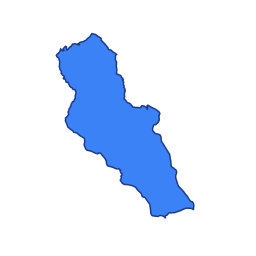 Valiug, Caras-Severin, Romania, rotated 309°
{"feature_id": "2599482B27946002625345", "entity_name": "Valiug", "entity_type": "district", "adm_level": 2, "iso_a3": "ROU", "parent_name": "Romania", "parent_adm1": "Caras-Severin", "projection": "mercator", "projection_center": [22.046, 45.195], "detail": "fine", "context": "isolated", "style": "filled", "palette": "blue", "viewbox_px": 256, "rotation_deg": 309, "n_neighbors": 0, "source": "geoboundaries", "source_scale": "gbopen_adm2", "svg_char_len": 5691}
<svg xmlns="http://www.w3.org/2000/svg" viewBox="0 0 256 256"><g transform="rotate(309 128 128)"><path d="M105.9,230.1L107.6,228.9L109.3,227.9L110.8,226.0L111.1,224.6L110.6,223.0L110.6,221.9L110.9,220.7L111.3,219.6L111.7,218.4L112.2,217.3L112.5,215.6L112.8,214.0L113.2,212.4L113.7,210.8L114.4,204.2L115.4,202.2L118.2,198.1L118.9,196.9L120.8,195.1L123.4,194.1L124.7,193.2L124.9,192.8L125.3,192.2L125.6,191.5L125.4,189.4L125.6,188.8L125.2,186.0L129.3,181.9L133.7,176.9L137.6,165.8L137.6,165.5L138.7,162.4L140.6,160.3L141.0,159.9L141.7,159.4L142.1,158.9L142.8,157.0L142.5,156.3L142.4,155.9L141.9,154.9L141.8,154.6L141.7,154.3L141.5,153.7L141.0,153.0L141.0,152.1L141.0,151.5L141.4,149.0L143.0,147.5L143.7,147.1L146.3,146.2L147.1,146.1L147.2,146.4L147.9,147.4L148.4,147.5L149.0,147.5L149.5,147.3L149.9,147.8L150.4,147.8L150.6,147.9L150.9,148.0L152.4,147.7L152.5,147.5L153.5,147.4L153.8,147.3L154.2,146.9L155.6,145.8L156.2,144.7L157.4,144.5L157.5,144.0L158.8,143.9L159.2,143.7L159.5,143.4L160.0,142.2L159.9,142.1L160.0,141.6L160.0,140.9L160.0,139.6L159.9,137.7L159.0,133.8L158.5,131.2L158.4,129.6L158.3,129.4L158.0,128.9L157.4,128.8L157.1,129.1L156.6,130.1L156.1,130.6L155.3,131.0L154.7,131.1L154.7,130.9L155.5,130.2L155.7,129.5L155.4,128.4L155.4,127.6L154.8,126.1L154.3,125.0L153.6,124.6L153.0,124.6L152.8,124.9L152.2,125.0L151.5,124.8L151.0,124.2L150.7,123.6L149.8,122.5L149.5,121.8L148.8,121.1L148.2,120.0L147.8,119.2L147.3,118.6L147.4,118.0L147.8,117.1L147.9,116.1L148.1,115.3L148.2,114.2L148.1,113.5L147.9,112.9L147.4,111.8L147.3,111.1L147.8,109.8L148.1,108.8L148.1,107.8L148.3,107.3L148.3,106.7L148.5,106.7L148.7,106.2L150.6,105.4L151.2,104.6L152.6,103.5L153.2,103.2L154.5,102.8L154.9,102.4L155.1,101.9L155.5,102.0L155.8,101.8L156.7,100.4L156.8,99.8L156.9,99.1L157.3,99.0L158.2,98.5L159.2,96.8L160.0,96.3L160.7,96.0L161.0,95.5L161.2,94.9L161.9,93.7L162.3,94.1L162.8,93.6L163.3,92.4L163.1,92.2L163.1,91.9L163.2,91.6L163.6,90.7L163.8,90.4L164.0,90.1L164.1,89.9L164.1,89.1L164.0,88.8L164.0,88.5L163.5,87.4L163.2,86.0L162.9,85.2L162.8,84.9L163.3,84.6L163.7,84.5L163.9,84.4L164.9,83.5L166.0,82.9L166.4,82.6L166.9,81.9L167.1,81.7L167.5,81.3L168.0,80.8L168.1,80.6L169.1,79.6L169.4,79.4L169.9,79.2L170.9,78.4L172.1,77.6L172.7,76.1L172.9,75.7L173.3,75.2L174.1,74.4L174.8,74.0L175.1,73.7L175.3,73.5L175.8,73.2L176.8,72.5L176.9,72.4L177.1,72.4L177.5,72.7L177.8,72.9L178.0,72.3L178.0,71.6L178.0,71.1L177.9,70.1L177.7,69.1L177.7,68.9L177.7,68.5L177.6,68.0L177.8,67.0L177.7,65.7L177.8,65.4L177.6,65.1L177.4,65.0L177.3,64.8L177.0,64.2L176.8,63.7L176.9,63.4L177.1,62.8L177.5,62.2L177.7,61.8L177.9,61.6L177.9,61.4L178.0,61.1L178.0,60.8L178.0,60.5L178.0,60.4L178.1,60.0L178.2,59.8L178.5,58.5L178.5,58.1L178.6,57.8L178.8,57.4L178.8,57.1L178.9,55.6L178.9,54.8L179.1,54.4L179.2,53.6L179.2,53.2L179.1,52.5L179.2,52.4L179.2,52.2L179.3,51.8L179.8,51.4L180.0,51.3L180.5,50.9L180.8,50.5L180.7,49.7L180.7,49.3L180.6,48.9L180.6,48.4L180.4,47.9L180.3,47.6L180.3,47.4L180.3,47.2L180.2,46.7L180.4,46.4L180.3,46.2L180.2,46.0L180.1,45.9L180.3,45.3L180.4,44.7L180.2,44.3L180.1,43.6L179.7,43.2L179.6,42.9L179.6,42.4L179.1,41.5L178.8,41.0L178.7,40.6L177.1,40.7L174.8,40.9L172.1,40.2L169.6,40.1L168.3,39.3L166.9,39.0L165.7,37.8L164.8,37.1L163.9,36.7L162.9,36.6L162.3,36.3L162.5,36.9L162.3,37.7L161.9,37.8L160.8,36.2L160.3,34.0L158.2,32.0L157.4,32.3L156.5,32.2L155.3,32.5L154.2,31.8L151.4,31.9L150.0,31.3L152.4,29.0L152.2,28.1L150.5,27.8L148.4,27.8L148.1,29.3L147.6,29.1L146.7,28.4L147.0,25.9L145.7,26.5L144.1,26.9L142.2,26.8L140.7,26.5L139.8,26.5L139.2,26.7L138.5,28.5L138.9,29.8L136.9,32.8L134.6,34.6L132.3,36.1L131.5,37.6L131.0,37.8L130.4,39.2L130.2,40.2L129.2,41.2L128.6,41.5L127.9,43.8L128.1,45.5L127.1,46.8L126.8,46.4L126.5,46.3L126.4,46.4L125.7,46.7L125.6,46.9L125.6,47.0L126.1,47.7L126.2,48.0L126.2,48.8L126.0,49.0L126.0,49.6L125.2,50.3L124.7,51.0L125.0,51.5L125.8,52.5L125.8,52.8L125.5,53.2L125.0,53.7L124.9,54.3L124.2,55.8L123.8,56.3L123.8,57.2L123.6,57.6L123.8,58.2L124.0,59.3L123.4,61.1L124.6,62.8L124.1,63.4L123.6,63.9L123.3,64.7L122.9,65.4L119.6,66.8L118.1,68.2L116.5,68.5L115.6,68.8L114.9,69.0L114.1,68.9L113.6,68.3L113.1,68.4L112.6,68.6L111.4,68.7L110.4,69.0L109.7,69.6L109.3,69.7L108.8,69.5L108.4,69.7L107.8,70.1L107.5,70.2L105.9,70.1L104.7,70.9L104.3,71.1L103.8,71.1L103.4,71.1L102.6,71.5L102.5,71.8L101.7,72.6L101.6,72.9L101.4,73.2L100.6,73.4L98.4,73.5L96.6,73.1L94.0,75.0L92.7,77.7L90.9,80.7L90.8,83.1L91.0,87.1L90.5,88.4L91.9,91.2L91.8,95.4L92.4,99.8L92.5,100.7L91.4,101.9L89.3,103.5L87.8,104.1L86.4,105.8L85.6,107.5L85.3,108.0L85.0,108.8L85.0,110.3L85.6,111.5L86.3,112.7L87.1,114.9L87.4,116.3L87.7,117.6L88.1,118.9L88.5,120.2L88.9,120.6L89.0,120.7L89.6,120.9L90.1,120.9L90.7,121.5L91.1,122.8L89.8,129.2L88.9,131.6L86.8,133.7L86.0,135.2L85.9,136.2L88.2,141.6L88.5,143.4L89.0,144.8L89.6,145.4L89.9,145.8L90.4,146.6L90.6,147.3L90.3,147.8L90.6,148.4L90.1,148.4L90.0,148.7L89.6,149.1L89.2,149.7L88.8,150.3L88.6,150.9L88.5,151.5L88.4,152.2L88.5,152.4L87.9,152.8L86.5,152.7L85.8,153.1L85.4,154.0L84.3,154.4L83.5,154.8L82.6,154.8L82.4,155.0L82.2,155.6L82.1,156.4L81.9,157.2L81.5,158.1L81.5,158.4L81.9,158.7L81.6,159.6L81.9,160.7L84.3,164.2L86.1,168.2L86.7,170.8L86.4,172.6L86.0,173.7L85.6,176.2L85.6,178.8L85.3,179.8L83.7,182.3L84.0,183.4L84.6,184.5L84.6,185.2L82.3,193.2L76.2,199.4L75.8,199.9L75.5,200.4L75.3,200.9L75.2,201.5L75.3,202.3L75.7,203.1L76.9,205.1L78.2,207.0L78.7,207.2L79.2,207.4L79.7,207.6L80.2,208.0L81.1,209.4L81.7,210.7L81.8,212.3L81.5,214.0L82.5,212.6L83.0,212.3L84.1,212.7L85.1,213.2L85.8,213.3L86.4,213.1L87.0,213.0L87.9,213.4L91.6,217.5L95.6,220.0L96.2,220.4L98.9,221.8L101.6,223.1L103.0,224.5L104.2,226.1L105.3,227.7L105.9,230.1Z" fill="#3b82f6" stroke="#1e3a8a" stroke-width="1.5"/></g></svg>